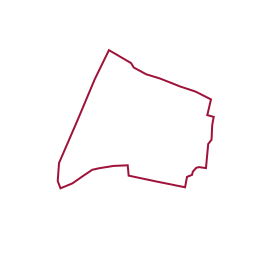 Almazar, Tashkent, Uzbekistan, rotated 334°
{"feature_id": "79887680B42148642049849", "entity_name": "Almazar", "entity_type": "district", "adm_level": 2, "iso_a3": "UZB", "parent_name": "Uzbekistan", "parent_adm1": "Tashkent", "projection": "orthographic", "projection_center": [69.193, 41.327], "detail": "fine", "context": "isolated", "style": "outline", "palette": "rose", "viewbox_px": 256, "rotation_deg": 334, "n_neighbors": 0, "source": "geoboundaries", "source_scale": "gbopen_adm2", "svg_char_len": 580}
<svg xmlns="http://www.w3.org/2000/svg" viewBox="0 0 256 256"><g transform="rotate(334 128 128)"><path d="M40.9,152.6L53.8,153.4L67.1,151.3L77.6,149.9L84.4,151.5L98.5,155.8L111.4,161.4L107.7,171.1L129.0,187.7L153.3,206.3L159.6,197.8L165.0,198.2L167.2,195.6L172.0,193.7L174.7,194.3L180.5,198.2L193.1,177.5L197.9,175.2L204.8,162.6L207.7,158.5L209.9,155.6L204.9,151.2L215.1,138.7L204.7,124.9L193.3,113.8L178.3,97.4L167.9,87.7L159.7,76.2L159.2,71.0L145.0,49.7L119.6,69.5L90.5,95.0L82.3,102.1L50.7,129.2L41.6,144.8L40.9,152.6Z" fill="none" stroke="#9f1239" stroke-width="2"/></g></svg>